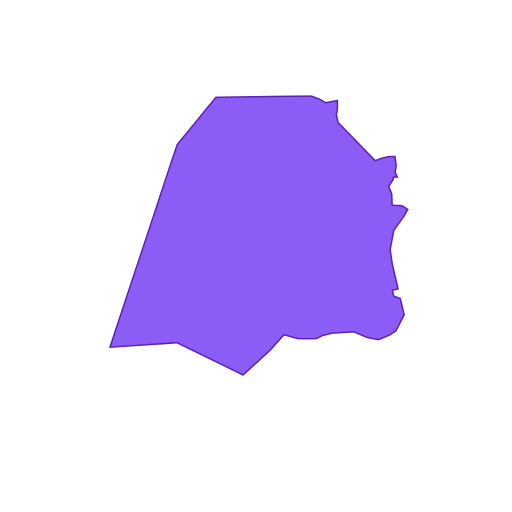 Kukawa, Borno, Nigeria (Natural Earth projection), rotated 230°
{"feature_id": "59680162B26946733152657", "entity_name": "Kukawa", "entity_type": "district", "adm_level": 2, "iso_a3": "NGA", "parent_name": "Nigeria", "parent_adm1": "Borno", "projection": "natural_earth1", "projection_center": [13.658, 13.111], "detail": "fine", "context": "isolated", "style": "filled", "palette": "violet", "viewbox_px": 512, "rotation_deg": 230, "n_neighbors": 0, "source": "geoboundaries", "source_scale": "gbopen_adm2", "svg_char_len": 914}
<svg xmlns="http://www.w3.org/2000/svg" viewBox="0 0 512 512"><g transform="rotate(230 256 256)"><path d="M403.3,327.3L400.7,313.2L398.5,302.0L393.6,275.7L392.0,267.3L382.5,251.7L365.8,224.6L359.3,214.2L343.4,188.4L307.1,129.4L291.5,104.1L280.0,85.6L240.3,139.8L173.2,169.6L174.7,205.7L177.7,226.8L165.6,235.1L153.9,249.1L152.5,255.3L148.2,264.4L135.1,282.1L121.7,289.1L113.1,296.2L109.7,307.2L108.7,315.0L115.7,331.7L130.7,339.2L136.8,335.7L142.1,338.5L139.5,343.7L162.1,355.1L174.7,362.9L187.1,378.1L191.6,395.5L194.1,402.1L200.1,400.4L201.7,399.2L206.5,393.7L207.7,393.1L216.3,399.9L224.0,402.4L226.5,410.6L227.1,410.8L227.7,411.3L228.0,412.1L225.7,415.0L230.5,416.3L235.1,421.4L242.9,426.4L246.9,421.4L250.2,414.9L252.4,408.6L305.6,404.7L312.6,408.4L316.8,413.3L322.8,418.3L328.7,407.8L335.0,405.6L342.8,401.3L361.2,379.0L371.4,366.5L403.3,327.3Z" fill="#8b5cf6" stroke="#5b21b6" stroke-width="1.5"/></g></svg>